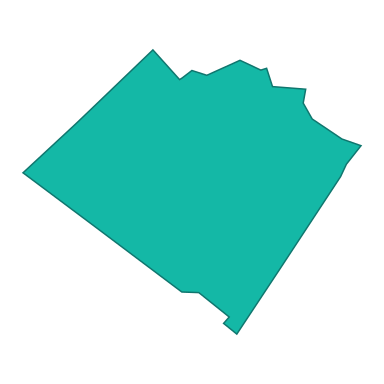 outline of Walton, Georgia, United States of America
{"feature_id": "52423323B14097412189551", "entity_name": "Walton", "entity_type": "district", "adm_level": 2, "iso_a3": "USA", "parent_name": "United States of America", "parent_adm1": "Georgia", "projection": "mercator", "projection_center": [-83.731, 33.763], "detail": "fine", "context": "isolated", "style": "filled", "palette": "teal", "viewbox_px": 384, "rotation_deg": 0, "n_neighbors": 0, "source": "geoboundaries", "source_scale": "gbopen_adm2", "svg_char_len": 497}
<svg xmlns="http://www.w3.org/2000/svg" viewBox="0 0 384 384"><path d="M23.0,172.8L70.2,208.1L70.7,208.5L89.7,222.7L158.8,274.7L181.8,292.0L198.8,292.6L229.2,317.0L223.6,323.4L236.8,334.1L280.8,267.6L340.6,176.6L346.4,164.2L361.0,145.7L341.9,139.0L312.2,119.0L303.2,103.1L305.7,89.2L272.5,86.6L266.6,68.3L260.8,70.1L240.0,60.3L206.8,75.3L191.9,70.5L182.4,77.8L179.6,79.6L152.9,49.9L113.2,88.0L103.3,97.5L86.5,113.6L75.3,124.3L23.0,172.8Z" fill="#14b8a6" stroke="#0f766e" stroke-width="1.5"/></svg>